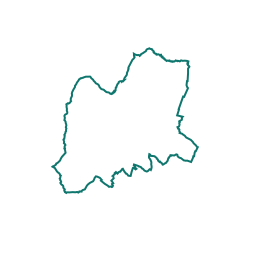 Slatioara, Vâlcea, Romania (Equal Earth projection), rotated 134°
{"feature_id": "2599482B39717534471231", "entity_name": "Slatioara", "entity_type": "district", "adm_level": 2, "iso_a3": "ROU", "parent_name": "Romania", "parent_adm1": "Vâlcea", "projection": "equal_earth", "projection_center": [23.883, 45.127], "detail": "fine", "context": "isolated", "style": "outline", "palette": "teal", "viewbox_px": 256, "rotation_deg": 134, "n_neighbors": 0, "source": "geoboundaries", "source_scale": "gbopen_adm2", "svg_char_len": 5814}
<svg xmlns="http://www.w3.org/2000/svg" viewBox="0 0 256 256"><g transform="rotate(134 128 128)"><path d="M123.8,195.8L124.8,196.2L125.2,196.7L126.2,196.7L127.1,197.0L128.1,196.6L130.7,196.3L132.4,195.7L134.5,195.4L135.4,194.6L138.1,194.0L140.9,193.1L142.3,192.3L143.0,191.3L144.0,190.5L146.6,189.6L148.0,188.3L148.2,187.6L150.7,187.4L151.8,187.8L151.9,188.4L153.8,188.8L154.4,187.8L155.5,186.9L156.6,185.3L158.1,184.0L158.7,182.7L159.6,182.0L160.2,181.9L162.1,182.5L163.2,182.3L163.6,182.0L164.5,180.5L166.5,179.2L166.4,178.8L166.8,177.3L167.8,176.1L168.3,175.0L169.1,174.0L170.6,173.3L170.9,172.8L170.9,172.6L171.2,171.9L172.1,171.5L173.4,170.3L174.1,170.3L175.4,169.4L177.2,169.0L177.5,168.1L177.8,168.0L178.4,167.5L180.1,166.3L180.5,166.5L181.3,166.3L182.1,164.5L183.5,163.5L183.4,162.1L183.7,161.2L184.3,161.2L185.7,160.5L186.0,160.1L186.4,159.2L186.5,159.2L186.5,159.6L186.9,159.6L187.5,158.1L189.2,155.7L194.6,155.5L196.8,155.0L198.5,154.3L199.5,154.3L201.9,154.4L203.4,154.9L203.6,154.6L204.8,154.4L207.1,155.0L208.0,155.5L208.3,155.5L207.6,152.9L208.6,148.9L208.6,147.2L208.4,146.2L208.6,144.9L209.1,144.2L208.9,143.3L209.7,143.0L210.7,142.3L211.9,141.9L211.9,141.3L212.2,140.8L212.6,140.5L212.6,140.0L212.7,139.6L213.2,138.6L214.5,138.5L214.9,136.7L214.9,136.3L214.6,135.7L214.7,134.4L215.1,133.8L215.9,133.0L216.1,131.9L216.0,131.1L216.2,130.7L217.1,130.6L217.5,130.0L217.5,129.1L217.9,128.8L217.6,127.3L216.7,127.3L215.0,125.4L212.6,123.3L210.8,121.2L209.3,120.1L209.0,118.9L208.7,118.8L208.4,118.9L207.9,118.7L207.4,118.9L206.8,118.3L206.4,117.6L206.1,117.6L205.9,117.3L205.5,117.6L204.2,117.5L202.1,116.4L198.1,117.5L196.6,117.6L194.0,117.3L190.5,116.1L188.6,116.6L187.2,117.3L185.1,117.5L184.4,116.4L183.4,113.7L183.6,110.9L184.7,110.9L184.7,110.7L184.3,106.0L183.5,102.3L183.6,101.0L183.4,100.7L182.7,100.3L181.8,99.4L181.7,98.5L181.9,97.9L181.3,98.5L180.0,98.7L179.9,99.1L179.7,100.1L179.4,100.6L178.0,100.2L177.7,101.4L177.6,102.8L177.4,103.4L174.2,103.3L172.9,105.2L173.1,105.7L169.9,105.5L169.7,106.2L168.1,106.1L168.2,104.6L167.6,104.4L167.8,103.9L166.1,104.0L164.9,103.5L164.7,103.2L163.7,103.5L163.3,103.3L161.5,103.7L160.9,103.4L161.1,102.6L161.4,102.0L162.0,99.6L161.9,99.0L162.3,98.0L162.2,97.7L161.9,97.4L161.8,96.5L162.1,94.7L161.1,93.3L160.6,92.8L157.1,94.9L153.4,96.7L153.0,96.4L152.7,95.9L152.5,93.8L151.5,93.6L151.5,94.5L151.7,95.9L150.1,96.5L150.9,97.8L150.1,98.3L148.5,95.0L148.0,93.7L148.1,93.3L147.8,93.0L147.2,91.7L147.2,91.0L147.4,89.9L147.1,89.2L147.0,88.3L147.2,86.9L147.1,86.3L146.5,84.7L146.2,84.2L145.1,83.8L142.6,83.8L142.3,83.3L142.3,82.4L141.7,82.6L140.0,83.6L139.0,84.6L137.8,86.3L137.0,86.8L136.2,87.7L135.3,89.7L135.0,90.9L134.9,91.7L134.6,92.4L133.7,93.3L132.0,94.5L131.8,94.0L131.8,93.4L132.2,92.2L130.2,89.8L129.8,89.1L129.9,88.5L129.6,86.8L129.7,86.5L130.1,86.0L129.9,85.0L129.9,84.7L130.5,83.8L130.6,83.4L130.4,82.6L129.8,81.6L129.9,81.3L130.4,81.2L130.0,80.4L129.8,79.4L130.3,77.6L130.1,77.4L127.7,76.8L127.4,76.8L126.6,76.4L125.1,76.7L124.6,76.6L123.9,76.8L122.0,77.9L121.4,77.8L121.1,78.1L120.4,78.0L120.2,78.2L118.8,78.3L118.3,77.9L117.9,78.4L115.6,75.6L113.5,75.0L113.2,74.6L113.0,73.9L113.7,73.0L113.9,71.7L113.6,70.3L112.9,69.0L112.5,65.3L111.8,64.4L111.5,63.8L110.3,62.7L108.6,59.0L104.7,60.4L102.9,61.4L102.4,60.8L99.3,63.0L97.9,63.5L97.6,63.1L93.4,64.5L93.7,65.0L93.3,67.1L93.4,70.3L93.0,71.5L92.9,74.5L94.4,79.6L94.1,81.9L94.5,83.8L94.5,85.0L95.3,86.5L95.7,87.4L94.9,87.7L94.8,88.6L94.2,89.4L93.4,90.0L93.3,90.7L93.7,91.5L93.0,93.0L91.7,92.4L90.9,92.6L89.6,93.4L89.1,94.3L88.0,94.7L88.1,95.1L87.8,95.3L87.6,95.8L84.7,95.0L83.9,95.6L83.3,96.4L81.9,96.5L84.8,101.4L79.2,104.2L79.3,104.6L67.1,110.2L66.6,109.3L57.8,112.5L57.5,112.9L57.4,114.0L56.5,115.7L53.3,118.1L52.9,117.7L46.7,123.0L43.5,126.1L41.3,126.4L41.1,126.9L41.2,128.5L40.7,129.0L40.8,129.6L40.5,129.9L39.9,129.6L39.7,129.8L39.6,130.4L38.7,130.4L38.1,130.8L38.8,132.3L39.1,132.5L40.0,133.8L41.7,135.3L42.5,136.8L42.9,136.9L43.6,136.8L44.3,137.3L44.4,137.8L44.7,138.3L45.1,138.8L45.4,138.8L45.5,139.3L46.0,139.7L46.2,140.6L47.9,140.8L48.4,141.3L48.5,141.6L48.8,141.8L48.9,142.0L49.3,141.9L49.4,142.4L49.7,142.6L49.8,143.0L50.1,143.0L50.2,143.3L50.7,143.8L50.8,144.2L50.6,144.6L51.1,145.0L50.9,145.3L51.9,146.0L52.2,146.6L53.0,146.9L52.9,147.9L53.2,148.5L52.9,149.2L52.9,149.7L53.2,150.0L53.3,150.7L53.0,150.9L53.2,151.2L53.3,151.8L53.3,152.3L53.0,152.5L53.3,152.7L53.0,153.0L53.3,153.4L53.0,153.6L53.2,153.9L53.2,154.2L52.6,154.9L53.2,155.1L53.1,155.5L53.6,155.6L53.5,156.0L53.7,156.9L54.0,157.5L54.6,157.7L54.9,158.1L55.2,158.3L55.1,158.6L55.4,158.7L55.2,159.5L55.4,159.7L55.6,160.2L55.8,161.3L55.6,161.5L55.7,161.8L55.5,162.0L55.6,162.3L55.2,162.5L55.2,162.8L54.9,163.1L55.1,164.6L54.7,165.1L54.9,165.5L54.8,165.8L55.7,167.0L55.8,167.9L58.1,169.0L59.1,169.0L60.4,168.5L62.2,169.0L63.2,169.1L65.8,169.9L66.8,169.6L68.0,169.7L67.9,170.7L68.4,171.4L69.1,171.9L69.5,172.5L70.1,173.6L70.5,175.3L71.1,174.6L71.8,174.0L72.2,173.3L72.4,172.5L72.6,172.4L74.3,172.1L75.8,172.2L83.6,169.9L84.5,169.5L85.0,168.7L85.6,168.7L86.1,168.1L88.9,167.1L90.6,165.8L94.4,165.2L95.3,164.9L95.7,164.5L97.1,164.3L96.6,164.0L97.9,164.0L98.1,164.4L98.7,164.5L98.4,164.8L99.8,166.1L100.8,166.5L101.6,166.5L102.3,166.0L104.0,166.0L105.2,165.4L106.1,165.2L106.7,164.7L107.5,164.8L108.4,164.0L109.2,163.6L109.5,163.1L110.3,162.9L111.3,162.7L111.2,163.7L113.3,163.4L113.3,163.0L114.0,163.0L114.5,163.4L114.9,163.4L115.0,163.7L114.9,163.9L115.4,164.1L115.7,164.6L115.6,165.6L115.8,166.5L117.2,168.5L117.2,169.9L117.4,170.4L117.3,171.3L117.4,172.2L118.3,173.8L118.5,174.5L118.3,177.0L117.7,178.2L117.5,179.0L117.5,180.1L118.2,182.3L117.9,183.5L117.9,185.5L117.5,186.7L117.7,189.0L117.4,190.1L117.3,190.8L117.7,191.3L120.4,194.0L122.7,195.2L123.3,195.3L123.8,195.8Z" fill="none" stroke="#0f766e" stroke-width="2"/></g></svg>